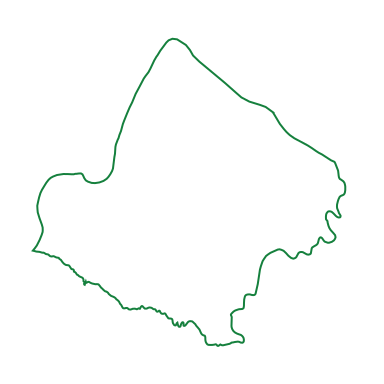 outline of La Virginia, Risaralda, Colombia, rotated 187°
{"feature_id": "7082276B71281345129005", "entity_name": "La Virginia", "entity_type": "district", "adm_level": 2, "iso_a3": "COL", "parent_name": "Colombia", "parent_adm1": "Risaralda", "projection": "natural_earth1", "projection_center": [-75.853, 4.903], "detail": "fine", "context": "isolated", "style": "outline", "palette": "green", "viewbox_px": 384, "rotation_deg": 187, "n_neighbors": 0, "source": "geoboundaries", "source_scale": "gbopen_adm2", "svg_char_len": 5768}
<svg xmlns="http://www.w3.org/2000/svg" viewBox="0 0 384 384"><g transform="rotate(187 192 192)"><path d="M132.6,47.8L131.3,48.3L128.2,49.1L126.7,49.0L125.4,48.5L123.7,48.5L122.8,49.1L122.4,50.3L122.5,51.7L123.0,53.3L123.6,54.2L124.6,55.2L126.1,56.1L128.2,56.5L130.2,57.0L132.2,57.8L133.9,59.0L135.3,60.7L136.2,62.6L136.5,63.9L137.3,72.6L137.6,73.4L138.2,74.3L138.4,74.9L138.3,75.5L137.9,76.2L136.2,78.4L134.6,79.7L131.5,81.2L130.5,81.5L128.8,81.8L127.7,82.1L127.1,82.6L126.7,83.1L126.6,83.9L126.6,85.5L126.9,88.4L127.1,91.7L126.9,93.7L126.7,95.0L126.2,95.9L125.6,96.5L124.5,97.0L123.2,97.3L121.9,97.4L120.2,97.1L118.7,97.1L117.6,97.4L116.8,98.1L116.5,98.9L115.5,108.6L115.1,123.3L114.6,126.7L113.5,131.9L112.5,134.1L110.7,137.5L109.0,139.2L106.7,141.2L99.9,145.3L98.1,145.8L96.2,145.5L93.9,144.8L91.2,142.8L88.6,140.5L85.7,138.7L84.5,138.4L83.3,138.2L82.3,138.6L81.2,139.3L80.5,140.2L78.9,144.3L78.0,145.2L77.1,145.6L76.1,145.8L74.7,145.8L70.5,144.1L68.9,144.0L67.5,144.5L66.6,145.4L66.5,146.7L66.3,150.7L65.9,151.6L64.1,153.1L62.3,154.4L61.3,155.5L60.8,156.7L60.3,160.7L59.8,161.8L59.1,162.6L58.2,162.6L57.2,162.0L55.2,159.7L54.2,158.9L51.1,158.2L49.9,158.3L47.1,159.6L45.2,161.3L44.3,163.1L44.0,164.6L44.7,166.6L46.6,168.4L49.6,171.0L51.2,172.9L52.4,175.0L53.6,178.0L54.0,179.6L55.6,181.2L55.9,182.5L56.1,184.3L56.1,185.8L56.0,186.6L55.8,187.3L54.9,188.8L54.5,189.2L53.8,189.5L53.0,189.6L52.1,189.6L50.9,189.3L49.1,188.1L46.3,185.8L45.0,185.0L44.1,184.7L43.4,184.6L42.7,184.7L41.9,185.0L41.7,185.3L41.6,186.0L41.7,186.7L43.7,189.2L44.1,190.2L45.9,193.4L46.3,194.9L46.5,197.2L46.1,200.6L45.7,202.6L44.9,205.0L44.1,206.0L43.1,206.7L42.2,207.1L41.1,207.9L40.5,208.9L40.2,210.1L40.1,212.4L40.5,215.9L40.8,217.1L41.3,218.5L41.8,219.6L43.0,221.0L45.5,222.4L46.9,223.0L47.6,223.9L48.0,224.7L48.4,226.0L48.7,227.3L49.6,231.0L53.4,238.1L54.3,239.3L57.9,240.4L67.5,245.1L71.0,246.4L74.1,247.9L78.4,250.2L82.8,252.3L97.0,257.8L101.7,260.3L103.3,261.4L105.7,263.2L108.7,265.9L113.1,270.3L120.4,279.7L120.8,280.1L120.7,280.6L129.3,285.4L135.4,286.8L146.1,288.7L154.5,291.9L161.0,296.3L172.8,304.4L200.6,322.3L207.6,327.6L211.3,332.6L216.0,337.2L225.4,341.7L230.1,341.7L233.7,339.7L235.7,337.2L240.7,328.4L243.1,323.1L243.7,322.2L245.5,318.0L248.3,309.5L249.8,305.6L252.4,301.2L253.7,298.7L256.9,290.2L259.9,282.5L262.3,273.7L264.2,268.4L266.0,262.2L268.0,254.7L268.9,251.0L269.9,243.9L271.0,239.7L271.5,236.5L272.1,234.8L273.3,229.9L273.5,227.4L273.1,220.6L273.3,217.3L273.3,205.7L273.9,203.0L275.3,199.6L276.8,196.8L278.3,194.7L281.2,192.2L285.1,190.2L289.4,189.0L292.7,188.8L296.6,189.6L298.8,190.6L300.6,192.6L301.8,194.6L302.9,196.2L304.5,196.9L307.0,196.5L308.7,196.0L310.1,195.8L311.5,195.2L314.1,194.9L316.9,194.7L321.7,194.2L328.1,192.4L331.8,190.4L334.0,188.8L335.8,186.7L337.7,183.5L339.0,180.7L341.2,175.8L342.3,172.5L343.1,168.0L343.6,163.2L343.9,159.5L343.3,156.1L342.6,152.9L340.2,147.5L337.1,141.4L335.9,138.5L335.5,135.9L335.4,134.1L336.0,131.0L337.4,125.8L339.5,120.0L341.1,117.1L342.8,114.4L340.3,114.1L339.4,113.9L336.2,114.0L335.5,113.9L333.7,113.6L333.2,113.5L332.4,113.7L331.5,113.6L329.8,112.8L329.4,112.6L327.3,112.5L326.5,112.1L325.5,111.3L324.8,111.0L323.6,110.9L323.0,111.0L322.2,111.3L321.6,111.4L320.6,111.2L319.7,110.8L318.6,110.5L316.3,110.4L315.4,109.4L314.1,108.8L313.7,108.5L312.1,106.7L310.5,105.3L308.8,104.4L308.0,104.2L305.7,104.2L305.3,104.1L304.9,103.9L302.7,101.3L302.2,100.8L300.9,100.8L300.1,100.4L299.8,100.0L299.6,99.5L299.5,98.6L298.1,98.1L297.3,97.4L296.5,96.4L296.0,95.9L295.2,95.7L294.8,95.5L294.0,94.8L293.4,94.5L290.7,93.7L290.0,93.3L289.6,92.9L289.0,91.7L288.8,90.2L288.3,89.8L287.2,89.2L287.2,88.8L287.4,88.2L287.5,88.3L287.6,88.2L287.8,88.3L287.9,87.9L287.7,87.8L287.7,87.1L287.5,86.9L287.2,86.8L286.9,88.5L286.5,90.1L286.0,88.9L285.8,89.0L284.9,89.6L284.2,90.1L283.6,90.2L283.0,90.1L282.2,89.7L281.1,89.3L279.9,89.0L276.7,88.7L275.5,88.9L274.0,89.0L273.4,88.8L271.8,87.3L271.3,86.7L270.2,85.7L269.3,85.2L268.4,84.4L266.4,83.0L265.8,82.8L264.8,82.7L263.6,82.1L262.9,81.6L262.6,81.1L262.0,80.5L259.6,79.0L257.9,78.6L256.4,78.1L255.8,77.8L255.1,77.4L253.9,76.2L253.2,75.9L252.0,75.1L251.0,74.2L249.7,72.2L248.9,71.6L248.2,70.9L247.6,69.9L246.7,68.7L246.1,68.3L245.6,68.2L244.4,68.4L243.5,68.8L242.4,69.0L241.6,68.7L240.7,68.0L240.1,67.8L239.4,67.8L238.5,67.9L236.5,68.9L234.7,69.2L234.1,69.2L232.4,68.9L230.8,70.0L230.4,70.0L229.8,69.7L229.4,69.8L229.2,70.6L228.6,72.0L228.2,72.4L227.8,72.7L227.2,72.6L225.2,70.9L224.5,70.5L223.7,70.6L222.7,70.8L221.2,71.8L220.2,72.2L218.9,72.2L218.1,72.1L217.4,71.8L216.2,71.1L215.9,71.0L214.5,71.1L214.1,70.9L213.8,70.7L212.7,69.3L212.2,69.0L211.7,69.0L211.1,69.3L210.3,70.1L209.9,70.2L209.5,70.0L208.8,68.8L207.8,67.8L207.3,67.6L206.7,67.5L205.6,67.6L204.4,68.2L203.9,68.1L203.2,67.5L202.5,66.4L200.1,63.8L199.7,63.7L199.2,63.7L197.6,63.8L196.9,63.7L196.2,63.3L195.8,62.5L195.5,61.5L195.4,60.8L194.9,59.5L193.6,57.9L193.1,57.6L192.0,57.6L191.7,58.0L191.5,58.5L191.3,59.6L191.0,60.1L190.6,60.5L190.1,59.1L189.7,58.2L189.3,57.5L188.8,56.9L188.5,56.7L187.9,56.7L187.5,56.8L187.2,57.1L187.0,57.7L186.8,59.3L186.4,60.4L186.0,61.2L185.6,61.5L185.3,61.6L184.9,61.5L184.6,61.2L184.4,60.8L184.2,58.8L184.1,58.4L183.8,58.2L183.3,58.2L182.8,58.4L182.1,59.1L180.4,62.0L180.0,62.6L179.5,63.0L178.8,63.4L177.9,63.6L176.1,63.6L175.4,63.2L172.5,61.1L171.8,60.1L171.2,59.5L169.3,57.8L168.6,57.1L167.9,56.5L165.8,53.0L165.3,52.4L164.8,51.9L163.9,51.4L162.6,51.0L162.0,51.0L161.8,50.8L161.5,50.5L161.1,49.5L160.7,46.8L160.2,45.2L159.7,44.3L158.8,43.2L158.1,42.6L157.1,42.3L155.6,42.4L153.6,42.6L151.3,43.2L150.1,43.7L149.6,43.7L148.9,43.3L148.2,42.6L147.5,42.4L146.9,42.6L145.3,44.1L143.8,43.6L142.6,43.6L136.2,45.9L135.0,46.7L134.5,47.3L132.6,47.8Z" fill="none" stroke="#15803d" stroke-width="2"/></g></svg>